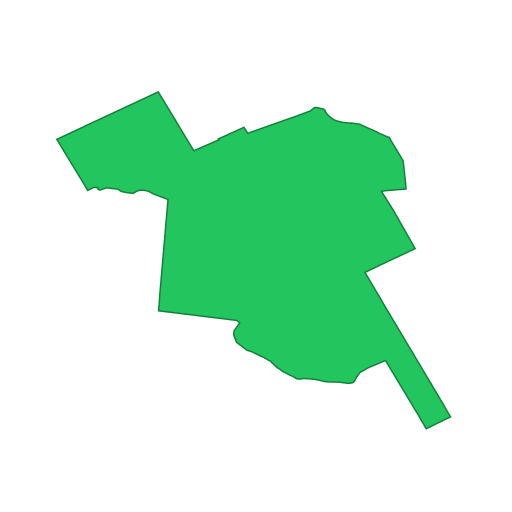 Rasmiresti, Teleorman, Romania, rotated 6°
{"feature_id": "2599482B62512953612399", "entity_name": "Rasmiresti", "entity_type": "district", "adm_level": 2, "iso_a3": "ROU", "parent_name": "Romania", "parent_adm1": "Teleorman", "projection": "robinson", "projection_center": [25.58, 43.986], "detail": "fine", "context": "isolated", "style": "filled", "palette": "green", "viewbox_px": 512, "rotation_deg": 6, "n_neighbors": 0, "source": "geoboundaries", "source_scale": "gbopen_adm2", "svg_char_len": 4073}
<svg xmlns="http://www.w3.org/2000/svg" viewBox="0 0 512 512"><g transform="rotate(6 256 256)"><path d="M376.0,124.0L375.5,124.0L374.9,123.9L374.0,123.7L373.0,123.4L371.8,123.0L369.5,122.2L368.0,121.8L364.5,120.7L362.8,119.9L357.9,118.3L352.7,116.6L348.2,115.1L345.9,114.3L345.3,114.1L345.0,114.0L344.6,114.0L343.2,114.0L339.8,113.9L336.9,113.8L336.9,114.1L330.3,114.0L328.3,114.0L327.3,113.9L326.4,113.8L324.4,113.5L322.9,113.3L322.0,113.2L320.6,112.8L319.9,112.6L317.6,111.5L315.8,110.4L313.4,108.7L312.2,107.8L311.3,106.8L310.7,106.1L309.9,104.8L309.2,103.8L308.8,103.4L308.3,103.1L307.7,102.9L307.1,102.7L305.9,102.6L304.0,102.4L303.2,102.3L302.6,102.1L301.1,102.0L299.9,102.1L298.9,102.3L298.1,102.7L296.6,104.3L295.0,106.0L292.5,107.2L290.7,108.1L288.9,109.0L288.4,109.2L288.0,109.5L285.2,110.9L282.4,112.3L274.3,116.1L272.8,116.8L238.8,133.0L236.0,134.4L234.9,134.8L232.8,132.1L230.6,129.3L206.5,143.4L207.2,144.2L195.2,151.0L183.2,157.8L174.3,146.2L160.3,127.6L156.3,122.3L141.6,103.0L75.2,143.0L45.7,160.8L77.2,202.2L81.7,208.4L87.6,204.7L91.7,204.6L92.2,206.4L94.1,206.7L100.3,203.8L111.8,204.0L115.1,205.9L121.1,206.5L127.2,206.6L131.0,203.8L133.9,202.7L137.9,202.4L142.3,202.8L147.1,204.9L162.6,209.0L163.2,241.5L164.3,301.6L164.9,320.7L233.9,321.9L243.7,322.1L246.9,324.2L242.0,332.7L242.1,337.0L245.7,343.9L256.9,350.7L261.7,351.6L261.9,351.7L262.1,351.7L262.3,351.8L262.8,352.0L263.2,352.2L263.7,352.4L264.3,352.6L265.6,353.0L266.2,353.3L266.5,353.3L266.7,353.5L267.0,353.6L267.6,353.9L267.9,354.0L268.5,354.1L269.2,354.3L269.8,354.6L270.4,354.9L270.6,355.0L270.9,355.1L271.2,355.1L271.7,355.3L272.4,355.5L272.6,355.6L272.8,355.6L273.2,355.7L273.7,355.8L274.5,356.1L274.9,356.2L275.1,356.4L275.3,356.5L275.7,356.6L276.6,357.0L277.2,357.2L278.0,357.7L278.5,357.9L280.0,358.6L280.5,358.7L280.8,358.8L281.1,358.9L281.6,359.0L282.0,359.3L282.3,359.5L282.5,359.9L282.6,360.4L282.7,360.5L283.2,360.7L283.5,360.9L284.0,361.2L284.9,361.9L286.1,362.8L287.4,363.8L288.3,364.5L288.9,364.8L289.3,365.1L290.6,365.7L291.7,366.2L292.7,366.9L294.2,367.7L295.2,368.3L295.7,368.5L296.4,368.8L297.6,369.1L298.2,369.3L299.4,369.8L300.7,370.4L301.6,370.8L302.2,371.0L303.4,371.3L304.8,371.8L306.4,372.4L307.5,372.9L308.3,373.5L308.6,373.6L309.0,373.8L310.4,373.8L311.6,373.9L312.0,373.9L312.4,373.8L313.4,373.6L315.3,373.1L316.3,372.9L317.4,372.8L318.1,372.8L319.4,372.7L321.0,372.6L323.1,372.5L324.5,372.6L325.5,372.6L326.6,372.5L327.7,372.6L330.0,372.8L331.2,372.9L331.8,372.9L332.4,372.9L333.1,373.0L334.3,373.3L335.1,373.4L336.6,373.7L337.0,373.7L338.0,373.7L339.6,373.7L341.6,373.6L343.9,373.4L344.8,373.4L347.3,373.1L349.2,373.0L350.9,372.8L353.1,372.7L355.2,372.9L357.0,372.9L359.3,373.0L360.7,373.0L361.3,372.9L363.0,372.6L364.4,372.2L365.4,371.9L365.6,371.8L366.0,371.4L366.3,371.1L367.3,369.8L367.8,368.0L371.3,361.2L379.8,355.1L395.7,346.4L419.7,378.2L420.7,379.5L423.0,382.6L424.9,385.1L426.1,386.7L429.5,391.3L431.5,393.9L433.1,395.9L436.5,400.7L437.9,402.7L439.7,405.0L440.5,406.0L441.6,407.6L443.4,410.0L447.9,407.2L451.1,405.1L452.9,404.0L454.3,403.1L456.2,402.0L456.7,401.7L458.0,400.9L458.6,400.5L459.1,400.1L461.2,398.8L466.0,395.9L466.3,395.7L464.2,392.9L462.9,391.1L461.2,388.8L459.0,385.7L457.7,383.9L456.4,382.1L454.9,380.1L452.7,377.2L451.5,375.5L448.9,372.0L446.1,368.3L443.7,365.0L441.5,362.1L439.0,358.8L436.2,355.0L433.7,351.7L432.1,349.5L429.6,346.1L427.8,343.8L425.7,341.0L424.5,339.4L421.7,335.5L418.6,331.5L416.6,328.8L414.5,326.1L412.4,323.2L410.9,321.2L408.3,317.7L407.4,316.5L406.0,314.6L404.1,312.1L401.2,308.1L398.7,304.9L396.9,302.5L395.2,300.1L393.7,298.3L391.6,295.4L390.6,294.0L387.7,290.2L386.0,287.8L384.1,285.1L382.5,282.9L380.8,280.7L378.7,277.9L377.1,275.7L375.3,273.3L372.3,269.3L367.9,263.4L367.0,262.2L366.1,260.9L369.2,259.0L385.7,248.8L399.0,240.8L413.5,232.0L396.0,207.6L388.4,196.9L380.2,186.5L376.6,181.9L374.0,178.6L378.1,177.5L398.2,173.7L397.7,170.6L395.0,158.0L392.5,146.4L392.3,145.8L378.6,127.6L378.0,126.8L376.8,125.1L376.7,125.0L376.2,124.3L376.0,124.0Z" fill="#22c55e" stroke="#15803d" stroke-width="1.5"/></g></svg>